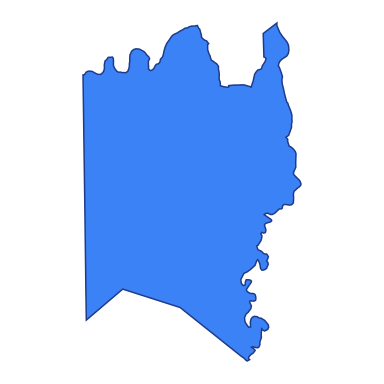 outline of San Pedro Juchatengo, Oaxaca, Mexico
{"feature_id": "50627088B44061639348759", "entity_name": "San Pedro Juchatengo", "entity_type": "district", "adm_level": 2, "iso_a3": "MEX", "parent_name": "Mexico", "parent_adm1": "Oaxaca", "projection": "robinson", "projection_center": [-97.095, 16.316], "detail": "fine", "context": "isolated", "style": "filled", "palette": "blue", "viewbox_px": 384, "rotation_deg": 0, "n_neighbors": 0, "source": "geoboundaries", "source_scale": "gbopen_adm2", "svg_char_len": 4110}
<svg xmlns="http://www.w3.org/2000/svg" viewBox="0 0 384 384"><path d="M249.6,359.7L248.6,358.8L248.7,357.1L250.7,354.7L253.2,353.1L255.2,350.4L253.5,348.6L251.5,347.2L253.1,346.7L255.7,347.6L257.6,347.8L258.9,347.0L259.9,344.7L259.9,341.8L261.4,337.6L261.2,333.8L261.7,328.8L263.0,330.1L264.5,331.0L266.4,330.2L267.7,329.4L268.7,327.2L268.2,324.7L264.7,320.4L261.1,318.2L259.2,318.0L257.1,316.7L254.3,316.3L252.3,317.3L251.0,319.2L250.3,322.4L250.6,327.0L248.6,327.2L245.8,323.3L245.0,321.6L244.5,317.8L246.0,314.2L248.4,312.0L250.9,308.5L251.4,305.8L250.6,304.3L249.6,302.1L250.0,300.9L254.1,301.1L255.6,300.3L255.9,298.2L255.6,296.0L255.1,294.6L253.7,293.6L249.9,293.3L247.9,292.0L246.7,290.9L246.4,289.5L248.4,286.4L251.3,282.2L251.4,281.0L250.3,280.1L248.0,279.7L246.2,279.8L245.3,282.0L245.3,283.8L245.0,285.2L243.1,285.5L241.3,283.2L240.8,279.6L243.9,273.4L247.3,271.8L250.7,269.3L255.0,265.4L256.8,260.6L257.7,259.7L258.9,261.5L259.9,264.2L260.6,268.6L262.0,270.2L263.7,270.0L265.3,269.3L266.6,268.3L268.2,264.3L267.9,262.4L266.6,261.3L267.8,258.5L268.4,256.7L267.3,254.9L266.6,254.0L264.6,254.0L263.4,253.4L262.3,252.1L261.1,251.1L258.1,249.8L257.3,248.2L256.8,245.8L258.0,245.3L260.9,240.7L261.5,238.8L262.0,236.0L260.8,233.7L261.8,232.3L263.4,233.1L264.9,232.8L265.6,232.0L265.9,229.8L264.5,225.3L265.1,224.0L265.9,223.3L270.7,221.8L271.5,221.0L271.7,220.4L271.0,219.4L265.9,215.9L264.2,214.6L265.7,213.5L267.9,213.2L270.3,214.5L272.3,214.5L274.9,213.1L277.6,210.5L279.5,208.8L281.5,208.9L282.2,208.2L282.7,205.5L284.1,204.5L286.7,204.6L289.3,205.1L291.7,204.7L293.3,203.0L293.5,200.7L293.6,197.7L293.4,193.7L294.1,191.3L297.3,188.3L299.1,187.0L300.6,185.5L301.0,183.8L300.5,182.5L299.7,180.6L298.4,179.3L296.9,177.8L294.0,174.9L293.4,173.3L293.8,171.8L295.8,167.2L295.7,162.9L296.0,153.8L295.4,151.8L294.3,150.2L292.6,148.3L290.8,146.9L289.1,146.0L287.7,141.6L287.7,139.3L285.9,137.2L288.6,135.4L291.5,127.5L291.5,126.2L291.5,123.9L292.0,122.3L291.9,118.9L291.9,115.1L290.7,110.9L288.6,105.8L287.8,103.2L286.7,101.9L285.6,97.9L284.3,92.9L283.7,89.8L282.2,83.8L281.9,79.5L282.5,76.8L281.4,73.0L279.2,67.0L278.4,66.5L278.7,63.7L279.8,61.4L281.9,59.2L286.7,56.1L288.3,53.6L288.9,50.1L288.6,45.9L287.9,43.8L286.7,41.6L282.4,36.3L279.7,32.3L276.8,25.4L276.9,23.0L263.2,33.5L263.9,57.0L265.3,57.6L266.1,59.1L265.4,60.8L265.2,61.3L263.5,64.1L262.3,65.8L261.6,68.7L259.8,69.5L257.8,70.0L255.7,72.5L254.5,74.7L254.1,76.7L253.7,78.3L253.2,81.0L252.5,82.9L251.1,87.2L250.5,86.9L249.2,86.3L247.8,86.1L246.5,85.5L243.8,84.9L241.2,84.9L239.1,85.0L237.4,85.1L235.9,85.0L232.6,85.2L228.7,85.6L228.8,86.1L228.9,86.5L228.1,87.3L224.2,86.8L222.7,86.4L220.4,85.8L220.3,83.6L220.1,81.8L219.2,79.6L219.1,77.4L219.3,74.4L218.8,70.8L218.4,68.9L218.5,66.5L216.7,63.8L214.7,62.5L213.3,61.3L211.5,60.4L210.5,57.8L210.0,55.7L209.0,53.8L207.7,49.8L207.6,46.2L207.7,44.4L208.7,43.7L208.3,43.2L206.6,40.9L205.1,40.4L203.1,39.0L201.5,37.2L201.3,35.0L200.5,32.0L199.7,29.2L198.5,28.0L197.4,25.5L195.9,25.7L194.5,26.1L191.5,26.1L188.9,26.9L187.6,27.9L185.2,28.1L182.4,29.9L180.5,30.8L178.9,31.8L177.5,32.8L174.5,34.1L172.4,35.5L171.2,37.0L170.3,38.4L169.0,40.3L167.8,41.9L166.6,43.8L166.0,45.2L165.1,47.1L164.1,50.7L163.7,52.6L163.2,55.1L162.3,57.3L160.5,59.1L160.0,61.8L159.2,62.9L158.5,63.7L156.2,64.4L155.0,66.1L153.8,68.7L151.8,70.2L150.3,70.6L148.5,68.9L148.6,66.4L148.4,64.5L148.4,61.3L149.6,58.7L148.6,56.7L146.8,55.0L145.7,53.5L144.7,52.2L143.0,51.0L140.9,49.9L139.4,49.1L136.0,48.8L133.7,49.5L131.8,51.0L130.0,54.8L129.7,59.1L129.8,61.5L129.4,63.1L129.3,66.6L128.9,68.3L127.8,71.3L126.0,72.6L124.2,72.6L122.2,72.6L120.5,72.1L118.4,72.2L116.8,71.2L115.2,69.1L114.4,67.9L113.4,65.2L113.5,60.9L113.3,58.4L112.5,57.1L109.8,57.3L108.1,57.4L106.5,59.9L105.2,60.7L104.7,62.5L104.3,65.0L104.4,67.4L104.3,69.1L103.6,71.4L102.2,73.2L100.7,74.3L99.0,74.4L97.5,74.3L95.6,73.3L93.8,72.4L92.7,71.6L90.4,71.1L88.1,71.2L86.2,72.1L84.4,74.8L83.0,74.9L84.9,212.0L85.8,284.1L86.3,320.1L122.7,289.1L180.1,307.5L225.1,343.4L241.3,356.3L243.9,358.0L245.7,360.0L247.1,361.0L249.6,359.7Z" fill="#3b82f6" stroke="#1e3a8a" stroke-width="1.5"/></svg>